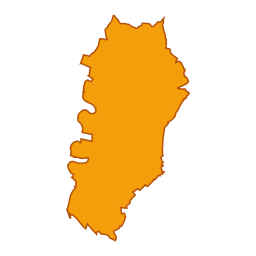 outline of Napradea, Salaj, Romania
{"feature_id": "2599482B62683789744517", "entity_name": "Napradea", "entity_type": "district", "adm_level": 2, "iso_a3": "ROU", "parent_name": "Romania", "parent_adm1": "Salaj", "projection": "albers", "projection_center": [23.333, 47.354], "detail": "fine", "context": "isolated", "style": "filled", "palette": "amber", "viewbox_px": 256, "rotation_deg": 0, "n_neighbors": 0, "source": "geoboundaries", "source_scale": "gbopen_adm2", "svg_char_len": 5661}
<svg xmlns="http://www.w3.org/2000/svg" viewBox="0 0 256 256"><path d="M164.1,171.6L163.3,171.6L162.5,172.8L162.1,172.0L161.7,171.1L161.8,170.4L161.6,170.0L161.9,169.6L161.3,168.9L161.5,167.9L161.3,167.7L161.9,165.7L162.7,166.0L163.2,165.9L163.2,165.7L162.9,165.5L161.7,164.1L162.4,163.0L162.5,162.7L162.9,162.4L163.2,162.5L163.4,162.4L162.2,161.4L161.8,160.6L161.4,158.8L160.9,158.1L160.7,157.0L162.0,156.5L163.1,155.5L162.5,154.2L162.4,151.7L162.6,151.3L162.6,150.6L162.3,149.9L162.8,144.0L162.7,141.5L162.8,141.3L163.2,136.9L164.7,127.2L166.6,125.5L168.3,123.4L168.3,123.0L167.8,122.5L167.9,122.1L168.3,122.1L170.6,120.7L171.5,120.0L174.8,116.8L174.8,116.2L175.4,115.2L175.9,112.6L177.7,110.6L178.2,109.6L178.6,108.2L181.6,103.2L181.6,102.4L181.9,101.8L183.3,100.9L183.3,100.7L183.5,100.4L183.5,100.1L183.8,99.8L183.6,99.3L184.2,98.7L185.4,98.9L185.8,97.8L186.8,97.0L186.8,96.5L186.6,95.9L186.7,95.7L187.2,95.5L188.1,94.9L189.2,93.3L188.3,92.1L186.5,91.7L186.3,91.4L186.1,90.4L185.6,90.1L185.6,89.6L185.3,89.4L185.0,89.0L184.2,88.9L183.4,89.1L182.6,89.2L181.0,88.9L179.8,88.9L178.9,88.6L177.7,88.4L177.5,87.9L179.5,87.4L179.8,86.8L182.0,85.9L182.7,85.8L184.6,84.5L185.4,84.5L187.3,83.1L187.8,82.5L187.9,82.2L188.3,81.5L188.4,81.2L186.8,77.8L186.3,77.2L185.5,77.1L184.8,76.7L184.6,76.4L184.6,75.1L184.0,74.8L183.8,74.3L183.9,73.3L183.8,72.5L184.1,71.8L184.7,71.6L184.7,70.6L185.0,70.1L184.9,69.5L184.8,69.2L184.3,69.1L183.7,69.2L183.8,68.1L181.3,63.0L180.2,62.4L180.1,62.0L179.8,61.5L179.1,61.3L178.5,61.3L176.8,61.9L175.9,62.6L175.8,61.8L175.9,61.3L176.6,60.1L176.8,59.3L177.4,58.7L176.4,57.7L175.3,57.1L174.9,56.6L172.4,54.8L171.5,54.0L170.9,53.2L170.5,52.2L170.2,50.3L169.9,49.8L169.9,49.0L168.2,48.5L167.7,48.7L167.0,48.2L166.2,48.5L166.0,47.0L166.0,45.7L166.3,44.8L166.3,43.9L166.0,43.3L166.2,42.7L166.3,42.0L166.2,41.1L166.3,40.4L166.2,39.3L165.9,38.6L165.4,38.3L165.3,37.0L164.9,34.1L164.5,32.6L163.6,30.6L162.8,26.1L162.4,25.0L163.1,23.4L163.3,22.7L163.4,20.3L163.7,18.2L162.0,20.3L161.3,21.4L159.6,22.0L158.1,21.9L157.6,22.1L156.4,23.6L155.6,24.4L154.0,25.9L152.6,26.7L152.2,26.8L151.7,26.5L149.8,24.2L149.1,23.8L146.6,23.4L142.3,23.3L142.2,23.4L141.9,25.0L141.6,25.3L139.0,26.5L137.1,28.2L136.3,28.4L133.8,27.2L132.7,27.0L129.2,24.7L128.4,24.3L127.4,24.3L124.4,23.5L122.6,23.7L120.9,23.6L119.7,22.8L118.2,20.8L118.3,20.3L117.9,19.7L116.3,18.3L115.7,17.4L114.2,15.7L113.6,15.4L113.1,16.2L112.5,18.6L111.4,21.7L109.1,24.2L107.9,26.1L107.4,27.1L105.2,29.6L105.1,30.3L105.4,31.4L105.6,33.5L105.9,35.5L106.4,37.3L107.2,39.2L105.7,39.9L105.3,39.3L99.8,38.7L98.2,46.1L95.0,51.3L94.8,51.3L93.4,52.8L92.5,53.2L91.0,54.3L89.7,56.3L89.5,56.1L83.4,54.9L83.3,55.8L80.6,63.4L80.8,63.3L83.2,64.3L90.8,67.7L90.6,68.0L89.8,70.1L89.4,74.8L89.1,75.3L88.2,75.7L93.0,79.2L91.9,80.5L91.0,81.9L88.6,80.4L87.6,80.1L86.3,80.6L85.8,81.0L85.3,81.7L85.1,81.7L84.9,82.1L84.4,84.8L84.1,84.9L83.7,87.5L83.5,89.5L84.0,89.4L84.0,89.6L83.8,90.9L83.3,91.5L83.0,92.1L84.3,92.1L83.3,93.8L82.8,95.3L82.6,96.9L83.1,98.1L84.0,99.6L86.0,101.4L88.2,102.5L90.8,103.6L93.0,104.9L94.1,106.1L95.9,109.5L95.9,110.8L95.6,111.9L95.0,112.5L94.2,113.1L92.6,113.6L90.5,113.5L89.1,112.6L88.0,111.3L86.9,110.5L85.6,110.0L83.9,110.0L82.6,110.4L79.7,112.9L78.7,114.1L78.0,115.8L77.8,119.6L78.1,120.9L81.0,123.9L81.6,125.0L82.6,127.5L82.8,129.1L82.1,132.1L82.7,132.5L92.5,134.6L92.1,137.1L91.9,141.3L81.6,139.0L80.9,139.1L81.0,141.4L80.9,142.2L80.8,142.5L80.2,142.8L79.8,142.1L78.9,141.8L78.4,141.3L76.4,141.3L75.1,141.8L73.5,142.6L72.7,143.3L71.7,144.6L71.0,145.9L70.6,147.2L70.7,147.9L70.4,148.1L70.7,150.3L71.3,152.0L71.2,152.0L70.4,155.4L71.9,156.0L73.5,156.2L73.5,157.1L78.0,157.4L81.1,158.2L82.4,158.4L88.3,157.8L88.4,158.5L88.1,160.2L87.7,161.2L86.4,162.5L83.4,163.2L78.2,163.2L73.8,161.6L71.5,161.5L70.2,162.1L68.9,163.3L67.7,165.4L68.0,167.1L69.4,170.6L70.6,172.7L72.5,174.0L73.4,174.4L73.1,176.1L72.9,176.7L71.7,177.3L74.6,180.0L75.5,181.1L76.1,183.3L76.1,183.5L75.9,183.6L76.1,185.7L74.5,186.7L74.6,186.9L75.2,187.2L75.7,187.8L73.9,189.6L72.0,192.4L70.8,195.0L69.8,198.2L69.4,201.1L67.6,208.0L66.8,210.0L67.7,210.4L67.7,211.8L67.8,212.4L68.7,214.3L69.3,216.5L69.8,217.5L70.0,218.1L70.6,217.9L70.7,217.4L70.0,216.9L69.8,216.1L69.9,215.5L69.0,213.4L69.5,213.0L70.9,215.2L72.0,214.4L76.6,218.4L82.8,226.1L85.7,228.8L87.3,224.0L89.0,226.0L93.3,230.8L96.3,233.9L96.5,234.3L96.6,234.1L96.7,233.1L97.5,231.5L98.4,231.3L99.8,232.3L100.7,233.3L100.8,233.7L101.3,234.0L103.4,234.3L103.9,234.1L105.3,234.4L105.7,234.7L107.0,234.8L107.7,235.1L108.5,235.8L108.8,236.7L109.8,237.9L115.4,240.6L116.1,238.4L116.2,236.8L115.7,235.5L114.4,233.7L113.7,232.0L113.8,231.4L114.4,230.6L115.4,230.3L119.3,228.2L119.6,226.3L121.4,226.5L124.3,220.9L124.6,219.6L125.6,216.8L125.0,215.8L124.9,214.1L124.7,213.7L123.5,213.1L123.0,213.2L122.6,213.6L122.2,213.7L121.4,213.5L121.0,209.3L120.6,207.6L126.9,208.2L126.8,207.0L126.5,206.2L126.8,205.5L127.2,205.1L128.9,204.2L129.5,203.5L130.0,203.1L130.0,202.8L129.7,202.0L129.7,201.6L130.0,201.5L130.0,201.1L130.3,200.8L130.5,200.0L130.8,199.6L131.5,199.0L132.3,197.8L132.9,197.5L135.1,195.1L135.2,194.7L134.4,194.5L133.9,193.7L133.3,192.4L132.8,192.0L134.6,191.1L136.0,189.8L136.6,189.6L137.0,189.0L137.5,188.9L137.7,188.7L138.1,188.7L138.3,189.0L138.8,189.8L139.7,190.3L142.7,187.7L145.3,184.9L146.7,186.3L147.3,186.0L148.2,186.0L148.7,185.1L149.7,184.4L150.0,183.8L151.5,182.5L152.3,181.6L153.2,181.0L153.7,179.6L154.3,179.1L154.9,179.6L155.6,179.2L156.4,178.2L157.0,177.2L157.3,177.1L157.6,176.6L158.7,175.4L159.2,175.2L160.0,175.8L160.5,174.9L161.1,174.3L161.7,173.9L162.0,174.1L163.3,173.1L163.9,172.2L164.1,171.6Z" fill="#f59e0b" stroke="#b45309" stroke-width="1.5"/></svg>